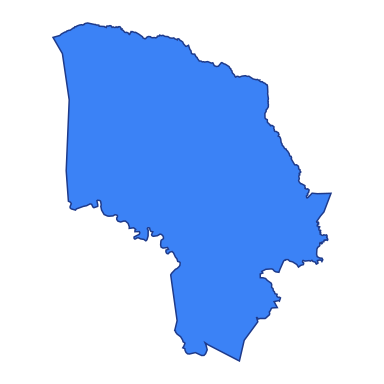 Magude, Maputo, Mozambique
{"feature_id": "85939544B12261721998883", "entity_name": "Magude", "entity_type": "district", "adm_level": 2, "iso_a3": "MOZ", "parent_name": "Mozambique", "parent_adm1": "Maputo", "projection": "albers", "projection_center": [32.464, -24.759], "detail": "fine", "context": "isolated", "style": "filled", "palette": "blue", "viewbox_px": 384, "rotation_deg": 0, "n_neighbors": 0, "source": "geoboundaries", "source_scale": "gbopen_adm2", "svg_char_len": 5934}
<svg xmlns="http://www.w3.org/2000/svg" viewBox="0 0 384 384"><path d="M331.0,193.3L317.4,193.7L312.1,193.2L308.1,197.4L307.2,197.9L306.7,197.7L306.4,196.0L307.8,194.8L307.4,193.8L308.6,192.4L309.1,190.0L307.7,188.8L306.8,189.2L305.0,188.4L305.2,187.5L304.8,186.6L304.9,185.6L301.4,183.7L300.7,183.7L299.1,181.8L298.6,180.6L299.3,178.7L298.8,176.4L299.2,175.0L299.8,174.8L299.2,173.3L300.6,172.5L300.7,171.7L300.0,171.0L300.0,169.7L298.6,168.8L298.7,168.0L298.4,166.2L296.6,164.8L295.0,164.9L294.5,164.5L291.3,159.0L291.2,158.5L291.6,158.0L291.1,156.4L290.3,156.3L289.6,155.4L289.2,153.7L287.6,151.1L286.6,150.3L286.1,149.0L285.3,148.9L284.3,148.1L283.5,146.4L282.3,145.4L281.9,143.6L281.2,142.7L280.7,139.1L280.2,137.7L279.6,136.7L278.2,136.1L279.0,134.3L278.4,133.4L278.4,132.8L276.0,131.4L274.8,131.4L274.3,130.6L274.3,129.4L273.7,128.5L274.0,126.9L272.5,125.6L271.3,125.4L270.8,125.8L270.2,125.4L270.1,124.8L267.4,122.3L267.3,119.7L265.7,118.9L265.0,117.9L264.9,113.4L266.1,111.5L266.2,109.8L267.0,109.1L268.3,106.9L268.4,104.2L268.0,103.2L268.3,101.7L267.9,101.1L268.4,98.8L267.6,93.6L267.8,92.3L267.5,86.2L267.1,84.8L266.5,84.7L264.7,83.1L263.5,82.8L262.3,81.7L260.7,81.7L259.3,80.7L259.6,80.1L258.6,80.2L257.3,79.4L256.3,79.7L253.2,79.0L248.9,76.2L247.2,76.4L245.5,75.7L242.1,76.1L239.3,77.1L238.2,76.4L237.0,76.3L235.6,77.1L235.1,76.7L234.4,75.0L232.3,72.8L231.9,70.8L230.8,69.6L230.8,68.8L229.6,67.8L229.1,66.6L225.3,64.2L223.9,63.8L221.9,62.6L221.3,62.7L218.4,66.2L216.5,66.5L214.3,65.7L212.8,62.8L211.4,63.1L207.7,61.6L204.4,62.1L203.8,61.7L202.3,61.9L201.1,61.1L199.3,61.0L197.5,58.6L197.1,57.5L196.0,56.7L194.7,54.1L192.9,54.1L191.5,53.5L190.9,50.6L189.9,49.5L188.5,45.3L186.5,46.3L185.7,46.3L183.5,43.8L182.7,42.0L180.9,40.7L180.1,40.5L179.4,39.3L178.4,38.8L177.7,38.9L177.2,39.9L176.6,39.3L175.3,39.1L173.8,37.9L172.2,38.2L169.9,37.9L167.9,36.6L164.9,36.4L163.0,35.3L161.2,35.7L159.7,35.1L159.3,35.9L157.4,36.2L157.0,37.2L155.8,37.9L154.1,37.5L152.9,37.8L151.2,37.5L150.5,36.7L148.4,36.5L147.0,37.1L145.7,38.5L145.0,38.8L143.0,37.9L142.5,36.8L138.9,34.2L135.6,32.3L134.8,32.5L132.0,31.5L131.5,32.0L131.0,31.7L129.6,34.5L129.1,34.4L128.5,33.2L126.7,32.3L125.7,32.5L124.6,32.2L123.2,30.4L121.8,29.7L122.0,29.0L121.1,29.1L120.9,27.9L119.9,26.7L118.6,26.7L118.2,27.2L117.6,27.0L117.1,27.5L116.1,26.8L115.6,27.4L114.2,27.5L113.2,26.9L112.1,27.4L111.1,25.9L110.0,25.6L108.3,26.1L106.9,26.0L106.2,27.4L105.8,27.0L105.1,27.2L104.3,26.5L99.2,26.2L98.8,25.1L96.3,25.0L95.2,24.4L94.6,24.5L87.7,23.0L85.5,23.4L84.3,23.9L84.1,24.5L82.5,25.0L81.7,24.7L79.7,25.0L76.9,26.0L76.2,26.7L74.9,26.7L74.0,28.0L73.4,27.9L70.1,30.3L69.2,30.2L66.7,31.1L66.0,31.9L64.8,32.1L61.4,34.0L59.8,35.5L53.0,37.4L62.4,53.6L69.2,100.0L66.2,170.7L68.4,201.2L70.4,202.2L71.3,203.7L70.1,206.5L70.1,207.8L71.3,208.9L75.5,210.1L76.4,208.9L83.3,206.4L86.6,205.7L90.1,203.9L91.6,204.3L92.9,207.0L93.9,207.7L97.7,206.4L97.8,205.0L96.9,200.7L97.6,200.2L99.6,200.5L100.4,201.0L100.7,201.8L101.2,204.9L100.8,206.4L101.6,210.1L104.1,214.5L107.5,216.0L109.1,216.2L113.0,215.9L115.0,214.7L116.9,215.1L117.5,215.9L117.3,217.3L116.7,217.9L116.8,219.6L118.0,221.2L120.7,222.0L123.5,221.1L125.5,221.1L128.1,223.4L129.3,226.8L129.2,228.4L133.6,227.8L135.7,229.4L135.0,230.3L134.9,231.7L139.4,231.6L139.8,232.9L139.3,234.3L134.1,236.9L134.0,238.1L134.6,239.0L135.3,239.0L137.2,237.9L138.4,237.8L140.6,238.9L143.9,239.4L145.7,240.8L146.4,240.5L147.1,239.4L148.1,236.0L148.2,230.1L147.3,228.9L147.6,228.0L148.1,227.7L149.6,228.0L150.0,229.9L150.9,231.4L152.8,231.8L151.6,234.5L151.8,235.4L152.5,236.0L153.4,236.3L157.4,235.7L160.1,234.1L161.3,234.4L162.7,235.6L163.4,237.0L163.4,238.7L161.2,240.2L160.9,241.2L160.6,244.9L161.1,247.1L163.0,248.1L167.5,247.5L168.5,249.2L166.0,250.1L165.9,251.8L166.4,252.9L167.1,253.6L168.1,253.8L169.8,252.1L172.1,251.5L173.5,252.9L175.4,257.0L176.9,258.8L177.7,261.4L179.6,262.0L180.2,262.8L179.9,265.4L179.2,266.5L177.1,268.5L175.4,269.3L171.6,273.3L170.7,274.9L177.1,320.7L174.7,330.6L175.5,331.0L175.6,332.1L177.1,334.1L180.6,336.7L182.6,340.0L183.1,341.8L184.8,342.9L184.9,343.5L183.8,346.2L182.8,347.8L184.8,348.6L185.1,350.5L186.0,352.4L187.5,353.8L189.4,354.0L195.4,352.6L201.7,355.5L204.0,355.4L205.6,353.7L207.2,349.8L206.0,344.9L205.1,342.8L207.9,344.7L239.4,361.0L244.2,340.3L257.8,321.8L256.6,317.6L257.0,317.5L258.5,319.0L260.0,318.5L265.1,318.5L266.0,317.9L269.4,314.8L269.7,313.6L269.3,312.0L270.4,310.6L271.3,308.5L272.3,307.9L277.3,307.6L274.1,301.6L278.8,300.6L279.4,301.1L280.5,297.9L279.5,297.2L278.4,297.4L277.1,296.6L276.7,295.6L277.1,294.3L275.0,293.7L274.4,291.8L273.3,290.7L273.0,288.6L271.6,287.4L271.7,284.5L271.2,283.2L267.3,280.4L265.6,278.5L263.1,277.8L260.3,277.7L260.2,274.0L262.8,273.0L261.8,271.4L265.8,269.3L271.3,268.9L272.8,269.3L274.4,271.1L275.9,271.9L278.9,272.3L279.8,269.7L283.6,261.1L284.7,260.1L285.5,260.2L285.8,259.6L288.1,259.6L289.8,261.2L292.5,261.8L296.8,264.5L298.5,267.1L300.9,265.3L303.4,264.6L303.7,263.2L303.5,262.7L302.7,262.4L302.5,261.8L302.7,260.8L303.1,260.4L305.0,261.1L309.1,260.6L310.4,261.1L311.9,260.3L312.9,261.4L315.6,262.3L315.9,263.7L316.5,264.1L318.0,263.1L317.4,260.5L320.0,260.0L321.2,260.4L321.9,261.5L322.8,259.8L322.0,258.2L319.7,258.0L317.2,256.6L316.6,254.2L316.9,249.1L317.7,247.4L319.5,246.0L319.9,245.0L319.7,243.4L320.1,242.7L321.7,243.8L322.1,243.4L321.4,243.0L321.6,242.3L323.8,241.8L323.8,241.0L324.7,240.5L324.5,240.1L325.4,239.9L326.0,240.2L326.7,239.8L327.4,240.3L327.8,239.8L327.4,238.2L326.7,237.5L327.1,236.7L326.8,236.1L327.0,235.5L326.5,234.9L325.8,235.2L323.7,234.8L323.0,235.4L322.1,235.4L320.2,234.1L320.6,233.4L320.1,232.9L320.6,232.4L320.0,231.8L320.7,230.8L320.5,230.3L319.3,230.3L318.9,229.7L318.9,228.3L319.4,227.8L318.7,227.3L319.4,226.7L317.2,225.9L317.5,224.6L318.5,224.1L317.9,223.2L318.6,223.3L318.6,222.7L318.4,222.2L316.8,222.2L316.6,221.6L320.5,216.0L323.9,212.0L331.0,193.3Z" fill="#3b82f6" stroke="#1e3a8a" stroke-width="1.5"/></svg>